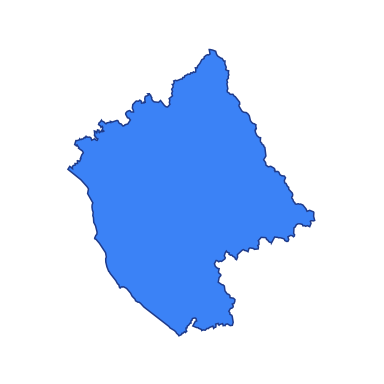 Hurunui District, Canterbury, New Zealand (Robinson projection), rotated 104°
{"feature_id": "76426892B32484543258144", "entity_name": "Hurunui District", "entity_type": "district", "adm_level": 2, "iso_a3": "NZL", "parent_name": "New Zealand", "parent_adm1": "Canterbury", "projection": "robinson", "projection_center": [172.736, -42.667], "detail": "fine", "context": "isolated", "style": "filled", "palette": "blue", "viewbox_px": 384, "rotation_deg": 104, "n_neighbors": 0, "source": "geoboundaries", "source_scale": "gbopen_adm2", "svg_char_len": 6047}
<svg xmlns="http://www.w3.org/2000/svg" viewBox="0 0 384 384"><g transform="rotate(104 192 192)"><path d="M154.2,106.2L154.5,109.0L153.9,110.9L151.9,112.4L151.3,113.7L151.8,115.1L151.5,115.9L152.1,116.3L151.1,117.2L149.9,117.1L149.0,118.3L148.0,121.8L149.1,124.1L148.0,126.7L145.5,127.8L143.4,130.3L139.2,129.0L131.1,132.1L130.6,133.2L129.3,133.8L128.7,135.6L127.8,136.1L127.1,137.4L125.8,138.1L122.7,138.6L122.9,140.0L121.6,142.6L119.0,144.7L116.7,145.8L116.0,145.1L115.2,145.5L114.8,145.0L112.4,146.2L111.4,146.1L110.7,148.1L110.7,149.6L109.9,151.1L108.6,152.6L104.3,154.8L102.8,156.4L101.8,158.5L102.1,161.3L101.3,163.3L97.4,167.1L96.3,167.5L95.3,166.9L93.3,167.6L89.0,173.1L88.8,174.2L87.3,175.9L88.0,178.6L87.1,179.6L86.4,181.9L85.0,182.5L83.2,182.2L78.3,184.4L77.1,184.0L75.0,185.3L72.7,184.2L71.2,184.9L69.4,184.6L68.1,185.4L65.5,185.8L65.6,187.2L65.1,188.9L62.6,189.0L59.8,191.1L56.9,191.7L57.2,192.9L55.1,195.1L55.1,196.5L53.8,200.1L52.4,201.5L49.7,203.1L49.3,206.2L49.4,209.1L49.6,209.8L53.7,207.9L55.0,209.0L55.0,210.1L55.9,211.3L58.1,212.9L59.6,212.6L61.2,214.5L65.4,215.5L68.6,217.1L70.2,216.9L70.7,218.8L72.3,217.9L74.6,217.5L75.3,218.4L75.1,219.7L76.4,220.4L76.6,222.0L78.3,222.5L78.7,224.8L79.7,225.3L80.9,227.1L82.7,227.2L83.1,228.7L84.7,228.8L85.1,230.1L87.7,233.6L87.6,235.1L88.7,236.6L89.6,235.9L91.2,235.9L92.0,236.2L92.4,237.1L92.9,236.4L94.8,235.7L97.2,236.6L99.1,235.2L101.2,235.6L103.4,234.2L106.9,236.8L108.1,235.8L110.8,235.6L112.2,234.6L115.4,236.2L115.6,237.7L114.8,239.6L110.8,244.7L113.1,246.1L113.7,250.6L112.7,252.6L111.3,253.7L110.0,253.9L109.4,254.8L108.1,255.5L107.6,256.6L108.0,257.1L107.0,257.2L107.4,258.5L107.8,257.8L108.3,257.8L109.6,258.9L110.4,260.3L111.0,260.5L113.0,260.4L116.1,259.2L116.0,260.4L116.4,259.8L116.6,260.6L117.1,260.2L118.0,262.5L116.1,263.3L115.5,264.9L116.9,265.8L117.2,268.0L117.7,268.5L121.5,270.6L125.0,270.2L127.0,268.6L128.5,268.1L129.1,270.4L128.1,271.7L128.1,272.4L129.5,274.4L131.6,275.4L132.7,275.1L135.6,272.5L135.5,271.3L137.0,269.2L141.6,270.8L142.9,273.3L143.7,273.5L144.7,274.9L143.0,277.5L143.1,278.6L142.6,279.6L140.7,281.2L140.7,282.1L143.4,286.3L143.2,288.2L144.3,287.8L144.3,288.8L145.5,291.3L146.4,291.6L146.6,292.4L145.3,294.5L144.9,296.7L144.2,297.2L146.5,298.1L147.4,298.9L149.2,299.0L149.9,297.0L151.3,296.0L150.0,295.1L150.7,294.3L153.3,294.0L154.2,292.3L155.0,293.1L153.9,294.3L154.0,294.7L155.3,294.6L155.3,295.2L156.8,296.1L156.6,296.6L154.6,297.1L154.6,298.7L157.5,298.8L156.6,299.9L156.4,301.5L159.1,300.5L160.6,300.4L160.8,299.9L161.9,299.4L161.7,299.0L162.8,298.0L163.2,296.2L164.9,296.5L165.0,297.2L164.0,299.4L166.0,301.8L163.8,303.3L163.5,304.7L164.1,306.3L163.9,307.0L164.2,307.7L163.6,308.3L165.3,308.9L165.1,309.6L167.1,310.8L167.3,311.9L168.0,312.3L168.1,313.2L167.6,313.8L168.7,314.0L169.9,315.9L170.2,317.1L174.4,317.3L174.8,315.8L174.3,315.2L175.1,315.1L174.7,314.5L176.4,312.4L177.0,312.6L178.7,308.3L180.3,306.9L182.5,307.9L186.5,308.4L186.6,307.9L189.6,308.5L189.2,310.4L189.4,310.8L192.0,309.9L192.7,312.4L194.0,311.8L195.1,313.7L196.5,314.2L198.2,313.6L196.7,316.8L200.0,317.9L207.0,302.8L212.3,295.0L214.0,293.2L218.8,292.9L226.5,285.6L228.7,285.8L230.8,285.4L233.6,284.3L235.5,283.0L239.0,282.5L240.7,281.4L245.2,280.0L248.2,277.4L253.9,274.4L256.2,274.1L257.3,274.8L260.4,275.3L261.1,274.7L261.1,273.7L264.2,269.4L271.8,261.2L275.8,259.4L277.7,259.6L280.8,258.7L285.1,256.5L289.2,253.6L289.1,253.2L290.8,251.7L296.4,244.5L299.1,242.0L299.7,240.6L302.4,239.1L302.4,238.2L301.6,238.0L300.8,236.9L301.0,236.2L300.5,235.4L301.4,232.1L304.9,227.2L307.6,224.9L309.9,221.2L311.2,220.5L312.0,217.7L311.7,216.8L312.5,214.9L315.2,210.9L328.0,181.9L329.2,180.4L330.7,175.5L332.0,173.4L332.7,172.9L333.8,170.8L334.7,169.9L332.8,167.6L331.6,167.6L331.1,166.5L329.7,165.7L329.3,165.2L329.9,164.4L328.4,163.4L327.1,164.6L327.3,164.8L326.8,164.5L325.5,164.9L325.1,164.0L323.1,164.1L322.1,163.1L319.7,162.1L319.5,161.3L317.7,161.7L316.8,161.6L316.5,161.0L314.7,161.0L313.5,158.7L313.7,157.6L316.0,156.3L316.7,157.5L321.8,158.8L322.4,154.8L322.2,153.1L322.7,152.5L323.1,149.6L324.1,149.1L323.1,147.7L322.9,145.7L320.8,144.5L320.6,143.1L319.3,142.4L317.1,139.3L319.1,138.0L317.9,137.3L317.5,136.3L316.1,136.3L314.5,137.1L313.2,134.9L314.4,134.2L314.7,133.5L314.1,133.4L312.3,130.5L314.2,129.4L313.6,128.6L313.7,127.6L312.2,127.2L311.4,125.7L312.4,122.6L311.6,120.6L308.5,120.5L302.9,122.9L302.0,123.6L301.5,125.6L299.9,126.1L298.9,127.4L296.2,126.7L295.4,126.1L295.2,125.3L293.7,124.3L292.7,124.4L291.0,125.8L290.1,124.3L288.0,124.0L286.0,124.3L285.0,126.1L285.3,129.5L283.3,130.2L282.5,131.4L282.3,133.3L279.9,136.1L275.4,137.9L274.6,139.4L274.7,140.5L273.2,144.7L268.5,145.0L266.1,143.8L265.1,144.2L264.0,146.5L263.2,147.0L259.8,147.1L259.9,148.7L258.5,151.4L256.1,152.9L252.6,152.0L252.5,150.9L253.3,149.2L252.2,148.0L252.2,146.5L248.9,143.9L247.7,143.8L246.2,145.2L243.2,145.1L241.0,144.4L241.9,143.3L242.2,141.1L243.4,141.1L244.0,139.3L243.6,138.1L244.5,136.8L245.1,134.6L246.5,133.7L246.9,132.4L244.2,132.0L241.8,132.8L236.0,129.0L235.4,128.0L236.0,126.8L235.9,125.0L236.4,123.2L233.1,123.1L232.2,122.1L231.9,118.5L232.6,117.7L231.2,114.0L229.3,114.2L228.0,115.3L226.8,114.3L224.0,115.1L223.3,115.9L219.3,113.9L218.5,109.8L218.9,108.7L220.0,108.2L220.4,106.8L221.5,105.6L221.9,104.7L221.8,102.8L222.3,102.6L215.7,100.9L215.3,97.9L215.5,96.8L215.0,95.5L215.1,92.3L215.5,90.9L216.6,90.2L217.1,88.2L216.7,87.0L214.8,86.6L212.3,88.1L210.3,85.9L210.1,84.2L210.9,82.7L209.9,82.0L208.5,82.2L207.8,83.3L202.1,84.4L201.0,83.4L198.5,82.8L197.2,81.4L196.7,79.3L196.8,77.0L198.0,76.2L197.4,74.6L197.8,73.5L196.7,71.9L197.2,69.4L193.7,68.9L191.8,70.1L191.0,69.5L190.6,67.0L189.9,66.1L186.2,68.1L182.5,68.8L181.9,69.3L181.3,73.4L182.9,75.7L180.7,77.4L177.8,81.3L177.4,83.7L177.8,84.7L177.7,86.1L178.7,88.0L178.4,89.2L177.4,89.7L176.7,91.2L175.1,92.1L173.7,93.7L172.8,94.0L171.8,93.5L170.3,93.6L168.8,94.4L166.0,98.7L164.0,99.4L163.4,100.8L161.0,102.8L160.7,104.3L158.4,105.2L155.6,104.7L154.2,106.2Z" fill="#3b82f6" stroke="#1e3a8a" stroke-width="1.5"/></g></svg>